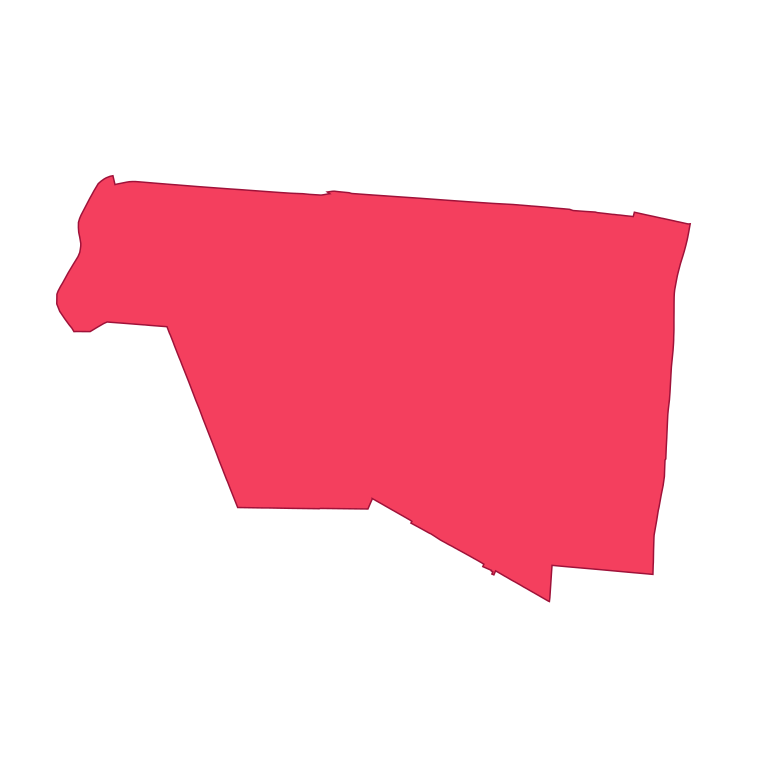 Burwood, New South Wales, Australia (Robinson projection), rotated 85°
{"feature_id": "25037944B28335850506337", "entity_name": "Burwood", "entity_type": "district", "adm_level": 2, "iso_a3": "AUS", "parent_name": "Australia", "parent_adm1": "New South Wales", "projection": "robinson", "projection_center": [151.103, -33.885], "detail": "fine", "context": "isolated", "style": "filled", "palette": "rose", "viewbox_px": 768, "rotation_deg": 85, "n_neighbors": 0, "source": "geoboundaries", "source_scale": "gbopen_adm2", "svg_char_len": 3407}
<svg xmlns="http://www.w3.org/2000/svg" viewBox="0 0 768 768"><g transform="rotate(85 384 384)"><path d="M233.5,148.4L231.9,156.4L231.1,158.7L230.7,161.4L229.8,167.4L227.7,180.4L227.3,181.4L226.2,183.8L224.9,190.9L223.7,198.0L222.1,206.5L220.6,215.2L219.7,220.6L219.7,220.8L218.7,226.4L216.4,240.0L213.6,259.7L212.8,264.8L212.0,270.0L209.7,284.7L209.1,288.4L206.5,304.7L205.0,314.0L202.3,330.7L198.7,353.7L196.6,366.9L194.9,377.8L191.4,399.6L190.4,402.1L188.5,412.3L188.0,414.7L187.6,416.6L187.5,418.7L187.8,423.7L189.7,421.5L189.8,423.5L190.1,426.5L190.3,429.3L190.3,430.4L188.6,441.7L187.3,448.6L187.0,451.2L186.1,458.2L185.8,460.4L184.2,470.8L183.2,477.1L181.1,490.1L177.9,509.9L176.4,519.6L173.8,535.7L170.9,553.5L170.3,557.0L168.2,569.5L167.8,571.8L166.4,580.3L165.1,587.9L164.0,594.4L161.9,606.6L160.7,613.7L160.4,616.6L160.3,620.0L160.5,622.9L161.6,632.9L161.9,634.6L152.9,635.9L153.2,638.7L154.4,642.8L155.4,645.0L157.3,648.2L159.5,651.2L166.4,656.2L169.9,658.5L173.4,660.9L189.4,671.1L192.6,672.8L196.4,674.3L201.4,674.8L206.0,674.9L208.0,674.7L211.3,674.3L215.0,674.0L217.7,673.8L220.3,674.1L223.4,674.8L226.4,675.6L228.9,676.9L230.4,677.7L237.8,683.2L245.8,689.0L255.4,695.4L258.4,697.6L262.9,700.5L266.0,702.0L275.7,703.0L283.4,700.7L291.3,696.3L297.6,692.5L301.1,690.1L304.8,688.3L304.9,685.9L306.2,672.2L302.6,664.9L299.3,657.9L298.1,654.4L299.0,649.1L299.5,646.0L300.6,639.3L304.1,618.4L304.2,617.5L305.3,611.5L308.0,595.2L315.0,593.2L316.2,592.7L324.3,590.3L327.3,589.5L339.5,585.9L343.2,584.7L346.8,583.7L356.8,580.7L365.2,578.2L370.1,576.8L383.5,573.0L386.4,572.1L392.6,570.2L401.6,567.7L401.8,567.7L406.5,566.3L420.2,562.3L429.0,559.7L439.0,556.8L446.3,554.8L455.3,552.1L457.5,551.5L466.0,549.0L467.3,548.5L475.6,546.1L494.3,540.5L497.0,514.4L497.3,510.8L499.7,488.1L502.4,461.2L502.6,459.4L502.4,458.1L504.8,434.1L507.1,410.9L499.8,407.0L497.9,405.9L497.0,405.8L521.7,370.1L523.3,368.2L524.9,369.3L527.6,365.2L536.7,351.6L537.3,350.4L540.0,346.9L543.7,342.2L544.4,341.3L545.0,340.4L549.7,333.4L551.3,330.8L552.5,329.0L552.9,328.5L553.3,327.9L565.1,310.3L565.4,310.0L566.2,308.7L570.5,302.5L571.2,301.6L572.2,300.2L574.5,301.5L579.0,293.3L579.5,293.5L580.6,292.0L582.7,293.1L583.7,291.2L579.9,289.1L581.6,286.6L582.8,284.9L584.0,283.2L586.0,280.4L586.5,279.6L586.7,279.3L590.2,274.4L591.2,272.9L596.1,265.7L598.8,262.0L599.0,261.6L602.9,256.0L603.8,254.7L611.8,243.2L614.6,239.2L615.1,238.2L611.3,237.4L585.4,233.4L579.3,232.4L582.2,216.4L583.6,208.4L587.5,186.3L593.9,150.8L594.2,149.0L596.0,138.8L597.1,132.7L587.7,131.6L585.0,131.2L573.5,130.0L560.8,128.5L558.1,128.1L543.9,124.3L533.9,121.8L530.8,120.8L519.0,117.6L508.8,114.6L508.1,114.5L506.9,114.2L500.4,112.7L496.2,112.2L484.3,110.7L483.2,109.8L472.1,108.4L462.2,107.0L459.8,106.7L439.5,104.0L434.6,103.1L424.5,101.0L417.7,99.9L405.9,98.2L399.5,97.3L392.0,96.2L376.1,93.2L369.1,92.1L365.4,91.6L362.4,91.3L357.5,90.7L354.8,90.4L344.6,89.5L337.4,88.8L329.7,88.1L322.8,87.4L319.1,86.9L315.5,86.2L311.9,85.2L307.5,84.0L301.6,82.3L298.1,81.1L290.5,78.4L289.7,78.1L282.9,75.3L277.9,73.3L272.4,71.3L267.1,69.5L264.5,68.7L258.5,67.0L256.2,66.4L251.1,65.0L251.1,67.0L250.5,69.0L248.4,75.6L247.7,78.0L246.9,80.4L244.1,89.4L243.4,91.6L243.1,92.8L241.3,98.5L240.7,100.4L238.5,107.6L234.7,119.6L238.9,121.1L237.5,128.3L236.3,134.1L235.9,136.6L235.2,139.7L235.0,141.3L233.5,148.4Z" fill="#f43f5e" stroke="#9f1239" stroke-width="1.5"/></g></svg>